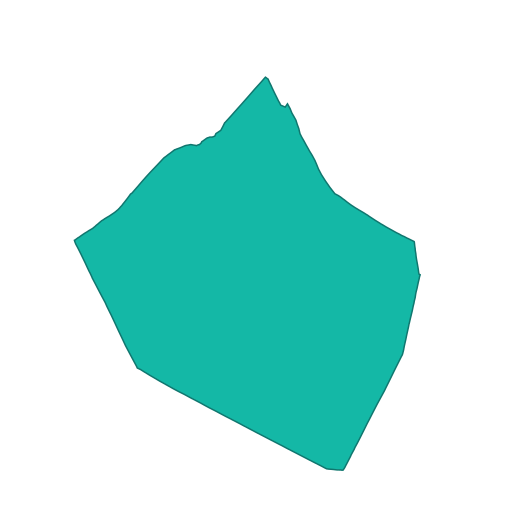 Al-Salman, Al-Muthannia, Iraq, rotated 23°
{"feature_id": "34846034B73479794656328", "entity_name": "Al-Salman", "entity_type": "district", "adm_level": 2, "iso_a3": "IRQ", "parent_name": "Iraq", "parent_adm1": "Al-Muthannia", "projection": "orthographic", "projection_center": [45.251, 30.248], "detail": "fine", "context": "isolated", "style": "filled", "palette": "teal", "viewbox_px": 512, "rotation_deg": 23, "n_neighbors": 0, "source": "geoboundaries", "source_scale": "gbopen_adm2", "svg_char_len": 3820}
<svg xmlns="http://www.w3.org/2000/svg" viewBox="0 0 512 512"><g transform="rotate(23 256 256)"><path d="M194.8,87.7L194.1,89.7L193.0,93.2L189.7,102.6L186.5,112.5L185.4,115.8L183.5,121.5L181.6,127.0L179.8,132.3L178.4,136.5L175.4,145.1L175.1,145.7L174.9,149.6L174.5,154.1L171.3,158.9L171.2,161.8L169.7,163.2L169.2,163.7L167.6,164.3L167.0,164.6L165.6,165.9L165.0,166.3L164.2,167.5L162.1,171.0L161.4,172.0L161.4,173.3L160.7,174.8L160.5,175.5L159.8,175.9L158.6,177.0L157.9,177.8L157.0,177.8L155.6,178.2L153.7,178.6L152.8,178.8L152.4,178.9L151.1,179.8L149.6,180.8L148.6,181.4L147.7,182.1L146.6,183.2L145.2,184.7L143.5,186.4L141.9,187.9L140.9,188.8L140.2,189.6L139.6,190.0L138.3,192.3L136.6,195.3L135.7,196.7L134.2,199.5L133.0,201.4L132.3,203.2L130.5,208.2L126.1,219.9L124.0,225.8L122.6,230.0L121.2,234.3L119.8,238.8L118.5,242.7L117.7,245.2L117.4,246.2L117.1,246.8L116.3,248.0L115.9,249.9L115.2,252.9L114.0,257.4L113.1,260.5L112.8,262.0L112.1,263.7L111.6,265.4L111.2,266.3L110.9,267.2L110.3,268.3L109.3,270.3L108.1,272.3L106.7,274.4L105.5,276.3L103.7,278.7L102.7,280.1L101.9,281.2L101.5,282.0L100.1,283.9L99.0,286.1L97.8,288.6L97.0,290.0L96.2,291.9L95.6,292.9L95.2,293.8L94.3,295.2L92.2,298.0L90.8,300.1L89.4,302.0L87.8,304.5L86.6,306.4L85.9,307.7L85.2,308.5L84.2,310.2L83.2,311.9L82.7,312.5L83.9,313.9L85.5,315.5L88.5,317.9L93.7,322.3L98.4,326.4L101.6,329.2L105.0,332.3L107.9,334.9L110.2,336.8L113.4,339.7L113.7,340.1L118.6,344.1L122.1,347.0L126.6,350.7L130.3,353.7L135.4,357.8L138.5,360.7L143.0,364.6L146.4,367.5L152.2,372.7L158.7,378.6L165.6,384.7L170.8,389.4L180.4,397.2L189.0,404.1L190.5,405.5L193.1,405.6L193.9,405.6L198.1,406.3L204.8,407.3L216.4,408.8L225.6,409.8L231.9,410.5L237.7,411.0L244.1,411.4L252.2,412.2L262.6,413.0L266.1,413.4L269.2,413.7L272.5,414.0L278.4,414.4L290.9,415.5L297.0,415.9L297.8,416.0L307.1,416.7L311.1,417.1L319.6,417.8L326.7,418.4L333.4,418.9L342.3,419.6L347.6,420.0L351.6,420.3L353.5,420.4L355.6,420.6L360.0,421.0L368.1,421.6L374.6,422.1L379.9,422.5L385.0,422.9L391.9,423.4L398.1,423.8L402.4,424.2L404.2,424.3L406.0,423.8L410.2,422.4L414.3,421.2L417.5,419.9L418.7,419.6L419.8,419.1L420.1,417.7L420.4,415.8L420.5,413.8L420.7,411.5L421.3,403.7L421.3,401.8L421.5,399.7L421.9,395.7L421.9,393.7L422.4,388.5L422.8,383.0L423.4,373.5L423.8,366.5L424.2,361.9L424.6,356.0L425.4,345.2L426.2,337.0L426.9,329.7L427.0,327.2L427.4,320.5L427.8,313.4L428.1,307.5L428.3,304.3L429.1,291.8L429.3,289.9L429.2,288.7L428.6,284.9L427.7,280.9L426.5,274.3L425.6,269.9L424.8,265.6L424.1,261.8L423.4,258.6L423.4,258.2L422.5,253.1L421.2,245.2L420.3,240.8L420.0,238.9L419.9,238.1L419.3,235.5L418.8,232.2L417.9,228.8L417.4,226.5L416.9,223.0L416.2,219.5L415.6,216.4L415.1,213.3L414.6,210.9L414.6,210.1L414.4,209.1L413.5,209.1L413.2,209.0L412.3,207.8L410.3,204.4L408.0,200.8L405.1,196.4L403.4,193.6L402.2,191.4L400.3,188.4L399.6,187.0L398.3,184.9L397.3,183.1L396.4,181.5L395.9,180.9L394.5,180.8L392.4,180.7L389.4,180.5L387.9,180.5L385.1,180.2L382.3,180.2L378.9,179.8L376.5,179.7L376.4,179.7L368.0,178.8L364.2,178.4L360.2,177.8L358.2,177.6L356.6,177.3L352.0,176.6L348.7,176.0L344.3,175.2L342.7,174.8L341.0,174.6L338.8,174.2L335.8,173.8L334.2,173.6L332.5,173.4L330.7,173.1L329.0,172.9L326.8,172.5L325.8,172.3L325.0,172.2L322.2,171.6L318.5,170.7L315.4,169.8L313.9,169.5L310.9,168.7L308.7,168.3L308.1,168.2L304.3,167.9L297.1,163.9L290.6,159.8L284.5,155.6L279.6,151.6L275.4,147.4L274.2,146.3L273.0,145.1L268.5,141.5L264.0,138.3L262.9,137.4L259.1,134.5L255.1,131.3L251.5,128.6L248.7,126.2L245.6,122.0L242.6,118.8L239.7,115.4L236.5,112.9L236.4,112.8L233.2,110.4L229.8,107.0L225.5,103.6L224.7,107.5L223.2,107.5L221.7,107.5L219.8,107.5L218.0,105.9L216.1,104.5L213.0,101.8L209.5,98.8L205.2,95.0L203.3,93.2L200.6,90.9L198.6,89.0L198.0,88.4L197.1,88.3L195.8,87.9L194.8,87.7Z" fill="#14b8a6" stroke="#0f766e" stroke-width="1.5"/></g></svg>